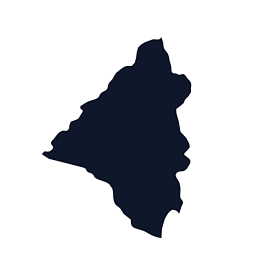 outline of Bihor, rotated 17°
{"feature_id": "ROU-277", "entity_name": "Bihor", "entity_type": "County", "adm_level": 1, "iso_a3": "ROU", "parent_name": "Romania", "parent_adm1": "", "projection": "orthographic", "projection_center": [22.195, 46.981], "detail": "fine", "context": "isolated", "style": "filled", "palette": "ink", "viewbox_px": 256, "rotation_deg": 17, "n_neighbors": 0, "source": "natural_earth", "source_scale": "10m", "svg_char_len": 2502}
<svg xmlns="http://www.w3.org/2000/svg" viewBox="0 0 256 256"><g transform="rotate(17 128 128)"><path d="M54.2,177.7L54.5,177.1L55.6,175.3L58.5,174.8L60.7,173.6L62.6,170.8L63.0,167.7L60.2,165.7L59.9,165.4L59.6,165.0L59.4,164.6L59.5,163.7L59.7,162.8L60.1,161.9L60.6,161.2L62.9,155.0L64.3,152.5L66.5,150.4L70.4,149.4L71.5,148.4L72.4,146.5L72.4,144.8L72.0,143.1L72.0,141.2L72.1,139.4L72.3,139.0L72.7,138.8L77.6,134.9L78.5,133.7L80.6,126.1L81.0,125.9L80.9,125.8L80.0,123.9L79.3,123.3L78.2,123.1L77.3,122.7L77.1,121.9L76.9,121.3L81.1,116.4L83.5,114.2L88.7,110.7L90.9,108.6L91.6,107.3L92.1,104.5L92.6,103.1L93.6,101.6L96.0,99.4L96.8,98.2L97.5,96.3L97.5,94.8L97.2,93.4L97.3,91.6L97.7,89.9L98.9,87.6L99.5,86.2L100.7,80.7L101.4,78.8L105.5,72.9L107.4,70.8L109.3,69.6L114.0,68.2L116.1,63.9L116.0,58.8L115.1,53.4L114.8,48.5L116.8,44.8L119.9,41.4L126.4,36.5L131.6,35.2L132.1,34.7L133.0,34.1L133.5,32.9L134.0,33.5L136.2,36.9L137.5,40.0L138.3,41.4L139.6,42.7L143.9,45.9L145.5,48.0L147.1,51.2L150.1,55.8L151.0,57.7L152.2,60.9L152.9,62.1L153.8,62.8L155.6,63.2L156.6,63.0L157.5,62.7L158.5,62.6L159.4,62.7L160.9,63.0L162.0,62.8L164.5,61.3L165.5,61.0L166.6,61.4L168.1,62.3L169.8,63.8L173.0,65.6L174.2,66.7L175.2,68.5L176.0,72.4L177.0,75.1L175.9,79.4L175.3,80.7L174.1,82.7L173.6,83.9L173.4,85.2L173.3,86.6L173.1,87.8L172.4,88.9L169.8,92.9L168.9,94.0L168.0,94.9L168.1,97.0L169.4,100.2L174.0,107.4L177.1,113.4L177.5,114.7L178.2,115.9L179.4,117.2L186.0,121.0L190.2,125.1L191.9,128.1L191.2,130.3L188.9,134.8L188.5,136.3L188.7,137.3L189.6,138.0L195.0,140.1L196.4,141.2L197.0,142.8L196.5,145.7L196.0,147.5L195.5,149.2L194.9,150.5L194.2,151.5L193.3,152.3L189.4,154.0L188.2,154.9L187.3,156.0L186.7,157.1L186.5,158.4L186.8,159.8L188.1,161.6L192.3,165.4L193.7,167.7L195.2,170.9L197.1,178.1L198.0,180.0L199.0,180.9L200.2,181.7L201.3,182.7L201.8,183.9L201.3,187.8L201.3,193.6L199.7,192.6L198.6,192.3L197.2,192.1L196.0,192.1L194.5,192.3L193.3,193.1L192.0,194.7L190.6,197.5L189.5,201.5L189.0,205.1L189.2,214.6L191.2,222.9L186.7,223.2L181.7,222.8L173.5,221.1L163.8,221.0L162.1,220.6L160.5,219.7L159.3,217.9L158.8,216.4L158.5,215.0L157.6,214.0L149.6,210.9L144.5,206.6L142.8,205.8L140.1,204.9L138.0,203.5L136.4,201.5L135.1,198.9L132.8,192.7L131.9,190.9L131.1,189.8L128.7,188.1L127.6,187.0L125.6,186.1L122.8,185.5L113.4,185.1L110.7,184.1L109.3,182.6L107.6,181.7L106.3,181.3L104.2,181.3L102.8,181.2L101.4,180.4L100.5,179.5L99.9,178.6L97.1,178.1L61.5,179.8L56.6,178.5L54.2,177.7Z" fill="#0f172a" stroke="#020617" stroke-width="1.5"/></g></svg>